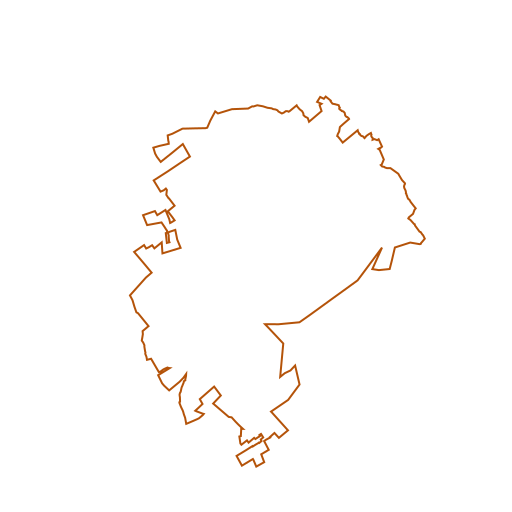 outline of Tecoh, Yucatán, Mexico, rotated 224°
{"feature_id": "50627088B87293297593146", "entity_name": "Tecoh", "entity_type": "district", "adm_level": 2, "iso_a3": "MEX", "parent_name": "Mexico", "parent_adm1": "Yucatán", "projection": "robinson", "projection_center": [-89.462, 20.666], "detail": "fine", "context": "isolated", "style": "outline", "palette": "amber", "viewbox_px": 512, "rotation_deg": 224, "n_neighbors": 0, "source": "geoboundaries", "source_scale": "gbopen_adm2", "svg_char_len": 4993}
<svg xmlns="http://www.w3.org/2000/svg" viewBox="0 0 512 512"><g transform="rotate(224 256 256)"><path d="M260.7,416.2L261.7,416.4L262.8,416.1L263.3,415.7L264.8,415.4L265.1,415.5L265.8,415.9L266.8,415.5L267.4,416.0L268.7,416.2L270.2,417.1L272.4,397.8L277.8,398.6L279.1,398.7L280.5,398.9L280.9,398.7L281.0,398.8L281.9,400.7L282.6,403.2L285.2,407.0L285.2,407.9L284.9,412.1L284.2,419.2L284.6,419.4L286.3,419.4L286.8,419.4L287.4,419.0L288.5,418.9L289.7,419.2L290.1,419.6L290.5,419.8L291.7,420.6L293.5,420.7L294.9,419.9L295.5,420.1L296.4,419.7L298.4,419.7L298.9,421.0L299.7,421.0L301.2,421.9L302.5,421.3L303.4,420.7L304.1,420.4L306.8,418.7L309.8,419.1L310.1,419.7L316.6,419.1L316.4,416.2L320.3,415.0L319.1,409.3L314.6,411.0L315.1,408.7L309.5,405.8L311.1,389.4L314.6,391.2L316.1,390.8L317.1,390.4L319.6,390.3L321.1,391.5L323.4,392.2L326.1,391.9L327.0,391.9L330.3,392.2L331.4,392.6L332.1,386.5L332.4,383.9L332.7,382.5L333.7,382.2L334.6,381.5L335.2,380.8L335.6,378.4L336.4,376.5L339.1,375.8L340.3,375.5L341.8,375.7L343.7,375.0L345.8,373.5L347.3,373.1L350.7,370.6L355.0,368.5L359.8,365.3L361.7,361.8L362.7,361.0L364.1,356.6L375.3,344.9L382.4,332.1L385.8,331.7L382.9,321.6L380.2,314.4L381.1,312.9L388.6,305.4L395.0,298.9L397.3,296.6L397.6,295.9L397.8,295.2L399.1,291.5L399.6,290.1L401.1,285.8L403.3,281.4L399.2,278.0L398.3,277.5L396.7,276.1L401.9,268.2L405.1,262.6L399.7,259.6L396.2,258.5L389.9,257.5L388.0,272.1L386.4,285.7L372.6,281.6L375.5,268.5L375.5,268.4L378.2,255.8L382.1,239.3L369.4,236.0L368.0,239.2L367.7,241.9L366.0,241.6L363.0,237.7L359.0,236.8L358.7,237.0L349.5,235.6L350.5,226.9L343.1,225.8L339.3,225.1L340.3,221.2L340.7,220.1L343.9,222.2L353.1,226.2L355.4,216.8L359.9,218.1L365.6,206.9L355.8,202.6L347.3,214.5L341.7,213.3L338.9,212.6L337.5,212.4L336.2,211.0L336.8,209.8L335.0,208.3L329.2,203.5L327.8,205.8L328.9,206.3L332.3,209.3L333.1,210.2L333.8,210.5L334.2,210.8L335.7,211.8L334.8,213.7L332.2,218.7L324.1,213.1L315.9,209.5L321.1,200.1L325.1,192.9L333.3,200.3L334.4,190.9L338.2,191.6L339.2,187.8L340.2,185.1L344.1,186.1L346.5,174.3L332.5,172.9L319.5,171.5L320.2,164.0L319.3,140.1L314.1,138.4L308.1,135.0L302.9,132.4L301.1,132.9L284.6,130.9L285.4,123.2L283.1,121.2L280.4,117.3L280.4,117.2L279.4,115.8L277.1,115.4L274.3,114.3L273.3,113.2L269.4,110.3L268.6,109.9L267.7,108.7L264.8,107.4L262.3,105.6L260.1,109.2L245.2,105.0L244.5,106.4L244.4,106.7L243.9,109.8L243.5,111.1L242.2,114.3L241.1,114.7L240.2,115.4L243.6,102.3L235.1,99.2L232.0,98.9L225.1,99.0L223.6,112.4L223.6,117.9L224.3,122.6L223.0,121.1L220.8,117.6L220.5,117.4L220.9,116.0L220.7,115.5L220.1,114.7L219.4,112.9L218.7,111.2L218.3,110.0L217.8,109.1L217.1,108.0L215.8,105.9L215.7,105.1L215.4,104.4L215.2,104.0L214.6,103.1L213.4,102.1L212.9,101.8L211.0,100.0L209.4,98.4L209.6,97.8L209.2,97.2L205.5,95.5L203.2,94.6L202.0,94.2L200.4,93.5L197.9,92.0L194.6,90.4L189.6,86.8L187.9,90.7L187.2,92.4L186.6,93.8L185.5,96.5L185.2,97.2L184.3,99.6L183.8,104.4L183.8,105.1L183.9,106.1L184.8,105.6L191.0,102.9L192.2,102.5L192.1,104.0L191.9,107.3L191.7,112.4L197.0,114.0L195.4,133.0L184.4,131.2L184.3,120.1L163.8,121.3L161.5,123.0L157.0,122.7L155.4,122.6L151.9,122.5L148.7,122.5L145.3,122.6L146.6,121.4L145.6,120.3L141.8,115.9L142.6,114.6L137.0,110.3L135.4,110.1L134.4,117.1L131.7,116.6L131.0,123.9L129.3,123.9L128.6,127.1L128.3,128.5L128.2,128.5L128.1,129.3L129.2,129.6L128.9,131.2L128.8,131.5L124.8,130.5L125.1,127.3L124.9,127.2L123.5,126.7L123.8,123.8L124.3,123.7L124.3,123.4L124.5,122.6L125.2,120.2L125.4,119.4L126.0,116.7L126.5,116.8L128.3,109.3L131.1,98.7L120.5,95.4L117.2,107.8L115.7,107.4L115.4,107.2L109.5,104.7L106.9,113.4L114.5,117.0L112.2,125.4L120.3,128.1L121.6,128.5L121.2,130.7L121.1,131.0L120.7,132.3L119.7,135.3L120.2,135.4L119.8,141.5L113.2,141.1L111.9,152.8L136.3,154.5L137.1,154.5L132.9,174.8L135.4,193.8L151.8,204.4L151.7,197.6L153.9,191.7L154.6,185.8L161.5,194.4L172.4,208.0L175.6,212.0L198.6,213.1L198.8,213.1L202.1,213.2L196.9,218.3L192.6,222.3L178.7,238.5L176.1,252.1L171.6,277.6L169.7,288.1L166.0,309.0L167.2,318.6L171.2,349.6L163.2,327.4L157.8,331.2L150.8,339.5L154.9,346.7L162.0,358.6L154.4,372.8L146.5,378.2L146.0,378.9L145.9,379.4L146.3,380.0L146.3,381.1L146.6,385.7L150.2,387.0L151.2,387.0L154.2,387.6L155.2,387.1L162.8,388.4L163.9,389.1L164.5,388.8L169.9,389.2L172.5,388.8L172.9,389.9L172.3,395.4L174.0,399.2L174.2,401.2L177.3,401.6L182.3,402.3L182.9,402.5L184.9,403.1L185.7,402.8L186.6,402.9L188.6,403.8L189.1,404.2L190.1,404.5L190.9,405.1L191.6,405.1L192.4,406.0L193.9,407.0L196.5,407.9L197.7,408.7L197.9,409.1L198.4,409.7L199.0,411.5L199.5,411.8L203.2,412.0L204.0,412.1L208.4,413.3L210.8,414.0L220.3,412.6L222.8,410.2L224.6,409.3L225.6,409.2L227.5,408.0L229.4,408.1L229.1,409.1L231.1,414.2L240.8,418.3L242.4,418.0L241.8,420.0L241.5,420.2L241.3,422.2L248.9,425.2L249.3,423.5L252.1,422.3L252.9,420.6L253.7,421.7L254.2,422.0L254.7,421.9L255.5,422.0L256.5,422.4L257.0,423.0L257.3,423.6L257.9,423.8L258.8,424.3L259.5,421.8L260.0,419.2L259.8,416.2L260.7,416.2Z" fill="none" stroke="#b45309" stroke-width="2"/></g></svg>